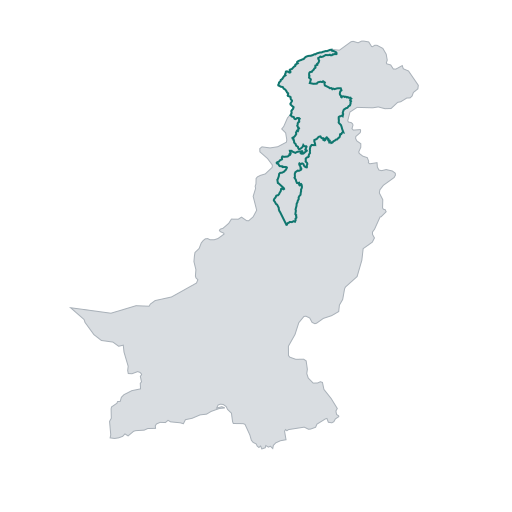 K.P. highlighted on a map of Pakistan, rotated 349°
{"feature_id": "PAK-1123", "entity_name": "K.P.", "entity_type": "Province", "adm_level": 1, "iso_a3": "PAK", "parent_name": "Pakistan", "parent_adm1": "", "projection": "natural_earth1", "projection_center": [72.151, 34.071], "detail": "fine", "context": "in_parent", "style": "outline", "palette": "teal", "viewbox_px": 512, "rotation_deg": 349, "n_neighbors": 0, "source": "natural_earth", "source_scale": "10m", "svg_char_len": 9608}
<svg xmlns="http://www.w3.org/2000/svg" viewBox="0 0 512 512"><g transform="rotate(349 256 256)"><path d="M441.0,103.5L447.9,119.4L446.8,122.8L441.7,125.5L439.7,128.8L437.4,130.2L434.1,129.7L427.5,132.2L424.4,132.2L416.7,137.0L410.7,136.0L404.5,133.0L398.9,132.8L383.6,129.4L375.7,132.6L371.9,140.6L372.2,142.1L374.9,143.2L376.0,144.7L376.2,146.0L374.5,149.3L375.6,151.0L382.5,151.8L382.6,153.1L381.8,154.8L376.8,157.7L376.2,159.6L376.9,162.2L380.3,165.8L379.6,169.3L376.7,173.4L376.9,175.0L379.8,178.3L384.0,180.7L384.7,184.5L384.1,185.9L385.3,187.2L392.6,187.5L392.1,191.8L393.1,195.1L395.6,196.2L400.3,196.0L406.1,198.6L408.5,201.3L408.3,203.2L406.6,205.3L394.5,210.9L390.2,214.7L389.1,217.7L391.2,224.9L389.4,233.0L390.0,234.5L391.6,235.1L392.2,237.4L386.2,241.4L385.2,241.4L377.5,252.3L374.9,254.7L374.5,257.1L375.7,260.9L372.8,264.6L362.6,269.2L359.1,280.3L351.3,295.5L337.9,303.5L336.7,305.1L332.8,315.2L328.5,320.1L326.6,326.3L318.8,329.0L310.2,330.1L302.7,333.5L300.9,333.7L298.4,331.9L296.9,327.1L293.5,324.6L291.5,324.5L285.3,329.6L279.3,340.5L270.6,350.7L268.9,359.9L269.8,361.7L275.3,365.0L283.1,366.4L285.2,368.5L284.8,377.0L283.4,381.1L284.0,385.8L287.9,391.7L292.3,392.4L295.2,391.7L297.1,392.8L297.2,399.9L302.6,410.3L306.7,421.2L305.0,423.2L304.8,424.5L304.9,427.0L306.6,428.6L306.6,429.5L302.8,431.1L300.8,433.5L298.6,434.2L295.3,433.0L294.6,429.0L293.2,429.1L283.7,432.7L281.8,435.5L276.6,436.3L274.5,436.1L270.7,433.2L254.8,432.6L253.0,433.4L251.9,432.0L250.6,433.4L250.4,442.1L244.7,442.0L239.7,443.2L236.9,445.2L235.7,448.2L233.8,445.5L231.7,446.0L229.5,443.9L228.5,446.0L224.9,446.5L224.3,443.4L222.3,444.5L220.9,442.8L220.3,440.5L217.6,438.4L216.3,436.0L215.8,430.4L213.1,419.2L211.4,418.1L201.8,416.1L201.4,414.2L201.9,405.6L198.8,401.2L198.0,398.1L195.5,395.5L193.0,394.7L190.4,395.0L188.3,397.8L193.7,397.4L196.4,399.2L190.8,398.7L182.3,400.0L177.3,401.8L170.8,401.3L162.4,403.1L155.5,403.2L152.7,406.8L149.9,405.3L140.5,402.5L138.3,400.5L135.3,402.2L130.1,401.0L126.2,401.9L124.7,403.5L124.5,406.0L116.8,404.7L113.0,405.6L104.6,404.5L102.4,404.7L96.1,408.2L93.4,405.6L90.7,407.6L86.3,408.3L82.3,408.1L78.1,406.7L79.3,403.8L80.7,390.4L83.0,387.7L84.6,378.4L85.4,376.6L91.4,374.0L92.3,372.5L95.0,372.8L96.9,369.0L100.0,366.9L108.4,364.5L117.3,364.4L118.1,358.9L119.6,357.7L119.5,352.0L121.1,350.6L121.0,349.8L120.0,348.2L117.8,346.9L111.8,347.9L108.2,347.0L108.2,343.9L109.5,339.8L108.1,325.2L108.7,318.2L104.0,318.4L99.1,313.2L88.1,309.4L81.9,302.3L75.5,288.6L75.1,285.5L64.1,271.4L102.7,284.5L128.8,281.9L141.4,284.9L143.2,283.0L148.5,280.5L165.2,280.1L192.4,271.2L194.4,268.2L192.9,266.1L192.7,264.1L194.4,258.0L194.0,249.7L195.6,244.1L196.8,240.9L201.6,237.8L204.8,232.7L207.2,230.7L209.5,229.5L211.9,229.7L214.0,231.3L218.0,232.1L222.0,231.6L228.8,228.4L228.7,227.4L225.5,225.2L225.0,223.7L226.2,222.8L228.9,222.5L235.5,218.7L238.9,215.1L245.6,216.5L249.2,215.1L253.6,219.6L255.6,220.0L260.7,217.0L265.4,211.2L264.6,196.9L268.5,189.6L268.5,187.3L269.7,185.3L270.9,179.9L272.5,178.6L275.7,177.7L280.8,177.2L288.8,172.1L289.4,169.8L285.9,162.5L279.7,154.5L280.2,151.3L282.7,150.0L290.4,152.6L298.2,152.9L307.5,150.1L308.4,148.0L308.6,140.8L305.5,136.2L307.9,134.2L313.3,126.4L317.0,123.6L320.9,117.3L319.2,114.3L320.5,110.8L319.8,106.8L318.6,105.3L316.4,98.5L314.5,95.5L310.8,92.5L311.9,90.2L321.0,81.1L324.5,81.3L325.7,79.7L332.0,75.4L333.4,73.5L344.3,69.8L355.8,68.6L370.9,68.1L377.2,69.9L390.2,63.8L392.3,63.8L396.9,66.2L400.7,65.2L402.8,65.6L407.5,67.4L409.4,72.4L410.2,72.8L412.9,71.8L415.0,72.3L420.1,76.4L422.3,82.7L422.2,88.8L420.8,91.2L421.0,92.3L424.7,94.2L426.5,98.7L429.0,99.2L435.9,97.0L436.3,100.3L441.0,103.5Z" fill="#d9dde1" stroke="#a8b0b8" stroke-width="1"/><path d="M367.9,67.8L369.6,67.9L369.5,68.5L369.8,69.1L371.3,69.6L373.5,71.3L373.8,72.0L373.6,73.1L373.4,73.2L371.4,72.7L370.6,73.0L369.8,72.7L368.8,73.4L367.5,73.2L366.9,72.5L366.3,72.7L365.1,72.6L362.7,72.0L359.9,73.0L358.0,73.1L357.2,72.5L356.1,73.2L354.8,73.6L354.8,74.6L355.3,76.3L354.3,78.1L352.6,79.1L352.8,79.8L352.7,80.1L350.6,80.4L350.4,81.0L350.4,82.3L350.2,82.6L349.1,83.0L348.1,84.2L346.5,85.1L345.9,85.9L344.3,85.7L343.6,86.1L343.1,86.7L342.6,88.7L342.9,89.4L342.2,90.5L342.1,90.9L342.4,91.6L343.3,92.5L343.5,93.3L341.8,96.5L345.1,97.9L348.3,98.4L348.6,98.4L348.9,98.0L350.1,97.3L352.5,97.2L354.1,97.9L354.6,97.8L355.2,97.3L356.7,98.8L356.1,99.6L356.1,101.7L359.9,104.6L360.3,105.3L362.1,105.6L362.7,106.8L363.5,106.4L364.0,106.5L364.9,107.2L367.8,106.9L371.2,107.5L371.5,109.7L370.1,110.5L369.3,112.3L369.2,113.6L370.0,115.0L369.9,116.1L370.4,116.6L371.2,115.8L372.1,115.9L372.8,116.2L373.4,116.8L373.9,116.6L374.8,116.9L375.5,117.7L376.4,117.5L377.3,118.4L378.9,118.6L379.0,119.1L379.5,119.7L378.6,120.2L378.1,121.0L378.2,121.5L378.7,121.8L378.9,122.2L378.1,123.1L377.9,124.6L377.4,125.1L377.2,125.8L376.9,126.2L375.5,126.6L374.0,128.0L372.4,128.1L371.5,128.6L370.8,128.7L369.8,129.5L368.4,132.1L368.7,133.2L367.8,135.2L367.4,134.6L366.9,134.5L365.7,135.0L364.8,134.9L363.8,135.3L363.4,136.4L363.5,137.4L363.2,137.9L363.2,139.1L362.6,140.7L362.8,141.3L364.4,143.7L364.7,145.8L364.8,147.8L365.4,151.3L364.8,151.0L364.0,151.4L363.0,152.6L362.2,152.4L361.8,152.5L361.6,153.0L361.7,153.4L360.6,155.4L358.9,156.2L357.8,157.1L356.7,157.0L355.3,157.8L354.0,158.1L352.7,159.2L351.6,159.4L351.6,158.8L349.6,158.6L349.6,157.7L350.2,157.2L350.4,156.8L349.9,156.5L349.4,156.6L349.1,156.4L349.5,155.9L349.5,155.1L349.4,154.9L348.8,154.9L348.4,154.4L348.3,154.2L348.5,153.5L348.1,153.0L347.6,153.2L347.2,153.7L347.1,154.2L346.6,154.5L346.1,155.4L345.3,155.7L344.2,154.8L344.3,154.4L345.1,153.7L344.6,153.2L343.1,152.9L342.7,152.5L342.1,150.9L340.8,150.9L339.9,151.2L338.0,152.7L335.4,153.3L335.1,154.4L335.4,157.2L335.3,158.3L334.7,158.0L334.2,158.3L331.8,157.6L331.2,158.3L330.3,158.9L329.2,161.6L329.1,163.1L328.7,163.9L328.7,165.2L327.5,166.3L326.8,167.6L326.9,168.2L326.3,168.8L325.0,168.9L323.7,169.6L323.2,170.2L323.3,171.2L322.7,172.6L322.8,173.0L323.2,173.3L323.9,174.5L324.0,175.1L323.9,175.7L323.2,176.7L323.0,177.2L323.0,178.4L322.7,178.7L321.6,178.2L320.7,177.2L320.3,176.3L320.2,175.1L319.7,174.4L318.9,173.9L317.7,174.3L316.9,173.9L316.3,173.3L316.1,173.5L315.9,174.7L316.3,175.2L316.3,175.8L316.7,176.6L316.5,178.2L317.1,178.4L317.2,178.8L317.1,179.3L316.5,180.0L314.3,180.6L313.2,180.1L310.6,181.3L309.7,182.9L309.3,185.9L308.7,186.5L309.6,188.6L309.7,190.0L310.1,192.1L310.7,192.4L312.3,192.3L312.3,193.0L311.9,194.2L312.4,195.1L312.6,195.1L313.5,193.9L314.0,193.9L314.4,194.9L314.3,196.9L314.0,197.8L312.8,199.6L312.7,200.9L312.0,202.3L311.5,204.1L311.2,204.6L310.1,205.3L309.0,206.7L308.8,208.3L307.4,209.9L307.0,211.1L305.9,212.4L305.3,214.6L303.7,217.8L303.8,219.1L302.6,222.4L303.3,223.5L302.9,224.2L303.1,225.0L303.0,226.1L301.9,226.9L301.7,227.8L301.8,228.3L300.8,229.8L299.5,229.0L297.7,229.6L295.6,229.0L294.4,229.7L293.3,229.8L292.8,230.3L292.5,231.1L291.8,231.2L288.0,217.4L287.6,216.6L287.3,214.9L287.5,213.0L286.5,209.6L285.6,208.8L285.4,208.2L284.8,206.2L284.1,205.0L284.2,204.4L284.8,203.5L286.4,202.2L287.4,200.7L288.4,200.5L289.2,200.6L290.6,199.5L291.2,198.5L292.6,197.1L293.5,194.9L294.2,194.8L295.8,195.8L296.4,195.5L296.2,194.6L291.8,188.7L291.4,188.5L291.5,185.2L292.0,184.8L293.6,182.1L294.4,179.8L295.6,179.0L297.5,179.2L299.8,178.5L300.6,177.7L301.3,177.5L302.8,175.8L303.2,175.0L302.9,174.6L301.5,174.1L299.0,173.8L298.9,173.6L299.0,173.0L296.4,172.3L295.9,171.4L295.5,170.0L294.1,169.0L294.1,168.4L294.7,168.0L296.6,167.7L297.8,166.6L299.9,166.1L300.1,165.9L300.1,164.5L300.7,163.4L301.1,163.3L302.3,164.0L306.1,164.4L306.7,164.1L307.4,163.6L308.6,163.3L308.8,163.1L308.3,162.7L308.3,162.4L309.7,161.6L309.3,160.3L309.3,159.2L311.0,159.5L311.7,160.5L314.4,162.3L315.3,161.9L316.8,161.6L320.4,161.9L321.2,161.8L321.5,162.2L321.4,162.6L319.7,163.4L319.5,163.7L319.9,164.1L320.6,164.4L322.1,164.5L324.7,163.0L325.7,162.6L326.0,162.2L325.9,162.0L324.7,161.0L326.3,158.7L326.5,158.3L326.3,157.9L324.5,157.5L324.1,157.1L323.6,156.1L322.7,157.6L321.6,158.4L320.3,159.1L319.2,159.4L318.5,159.3L318.0,158.0L318.0,156.8L316.4,155.3L316.3,153.7L315.4,152.5L315.1,151.9L315.3,150.4L315.2,149.7L314.9,149.2L315.2,148.8L315.2,148.3L315.1,148.1L314.3,147.6L314.3,147.0L316.3,146.3L317.9,145.0L318.1,144.6L318.8,143.9L318.8,142.5L319.4,141.9L319.5,141.6L320.1,140.9L320.9,141.3L321.0,140.4L321.7,140.2L321.8,139.4L322.6,138.9L322.3,138.1L321.8,138.1L321.7,137.1L321.3,136.0L321.9,135.3L322.3,133.6L323.2,132.7L323.6,132.8L324.1,132.4L324.2,131.2L324.1,130.5L325.1,129.6L324.5,128.8L322.7,128.4L321.0,129.2L320.4,129.0L319.9,128.5L319.5,126.7L318.0,126.1L316.8,124.4L317.4,124.1L317.7,123.1L318.3,122.4L318.3,120.5L318.9,119.8L320.5,118.6L321.3,117.1L321.2,116.7L320.5,116.2L318.8,113.9L318.8,113.1L320.9,110.8L321.0,110.2L320.2,109.0L320.0,108.4L320.3,106.7L319.7,106.0L317.9,105.0L317.7,104.5L318.4,103.4L318.6,102.9L318.5,102.3L317.6,101.2L317.4,100.1L316.5,98.2L315.1,97.0L314.9,96.6L314.8,95.7L314.4,95.2L312.5,94.5L311.9,93.9L310.5,92.9L310.4,92.4L311.3,91.2L311.7,90.1L313.5,89.0L313.9,87.9L315.4,87.4L317.7,85.0L319.5,84.3L319.1,83.4L319.3,83.0L320.0,82.1L320.5,80.7L321.6,80.6L323.0,81.6L323.7,82.3L324.0,82.4L324.7,82.3L325.0,81.9L324.6,80.8L324.5,79.9L325.0,79.5L326.9,79.3L329.3,77.5L330.7,77.0L331.1,76.6L331.0,75.9L331.2,75.6L333.8,74.8L333.3,73.8L333.4,73.4L333.7,73.2L334.8,72.7L336.8,72.3L337.9,72.2L338.8,71.9L340.4,71.8L341.8,70.6L342.9,70.0L344.4,69.7L346.0,69.6L347.9,69.9L350.0,69.7L351.8,69.1L352.8,69.4L354.0,68.8L357.5,68.4L359.3,68.7L360.7,68.3L361.9,68.3L363.4,68.1L364.9,68.4L367.9,67.8Z" fill="none" stroke="#0f766e" stroke-width="2"/></g></svg>